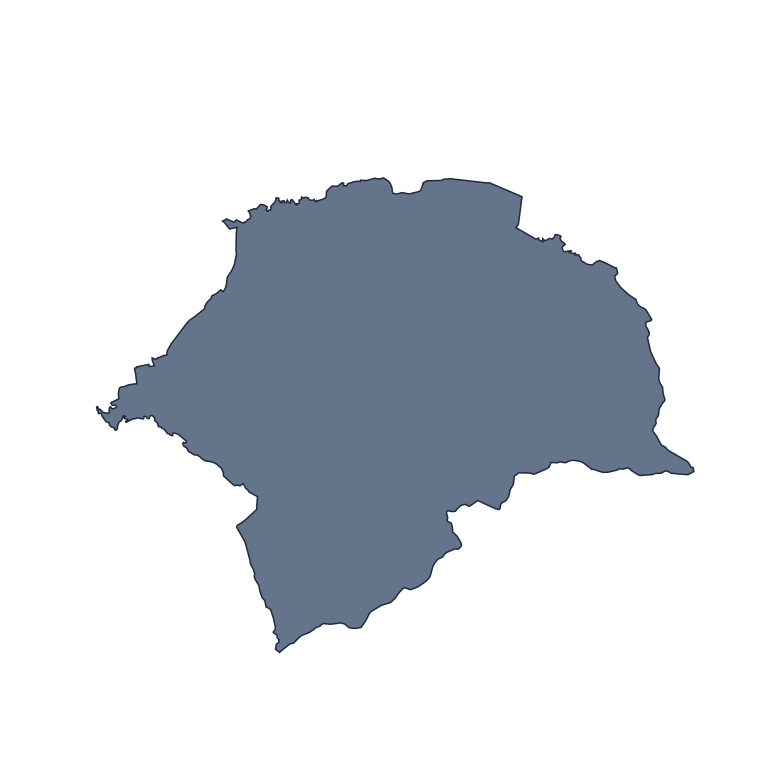 outline of Salcia, Prahova, Romania, rotated 63°
{"feature_id": "2599482B25993621139303", "entity_name": "Salcia", "entity_type": "district", "adm_level": 2, "iso_a3": "ROU", "parent_name": "Romania", "parent_adm1": "Prahova", "projection": "robinson", "projection_center": [26.322, 45.187], "detail": "fine", "context": "isolated", "style": "filled", "palette": "slate", "viewbox_px": 768, "rotation_deg": 63, "n_neighbors": 0, "source": "geoboundaries", "source_scale": "gbopen_adm2", "svg_char_len": 6170}
<svg xmlns="http://www.w3.org/2000/svg" viewBox="0 0 768 768"><g transform="rotate(63 384 384)"><path d="M573.9,582.1L571.7,576.1L570.7,571.7L571.5,563.3L570.7,557.3L570.1,555.5L570.7,551.0L569.8,548.0L570.0,546.7L573.8,540.7L577.3,530.9L580.2,527.9L585.0,525.8L586.6,524.1L589.0,520.0L590.5,514.8L586.6,507.6L581.6,500.9L580.9,498.8L580.0,486.8L581.7,477.3L580.0,471.4L577.6,467.1L574.7,460.0L575.3,457.6L579.0,454.2L579.5,453.0L580.1,445.8L579.3,438.7L578.6,435.4L577.1,431.3L575.2,429.1L568.7,423.3L566.5,420.1L565.0,416.8L564.5,414.1L564.8,410.4L563.0,407.1L562.5,404.7L563.1,395.7L564.9,392.7L563.5,388.7L561.7,387.7L559.4,387.5L552.6,388.0L547.2,390.0L542.4,388.0L538.5,387.2L535.6,389.5L534.4,389.8L531.6,387.7L527.2,386.9L525.7,385.3L526.0,384.1L527.3,383.2L528.7,380.9L529.8,378.3L528.1,374.1L527.1,370.3L528.2,366.1L531.2,364.1L531.8,363.0L530.4,353.4L545.8,341.3L548.2,338.3L547.5,337.1L543.9,334.3L543.4,332.6L543.5,329.3L543.1,327.8L540.9,324.1L535.1,319.1L532.2,314.3L525.4,309.8L524.3,304.3L529.8,294.0L532.0,292.1L532.6,290.6L533.5,277.0L532.8,274.3L529.8,270.8L532.9,265.3L533.0,262.6L535.0,260.4L536.6,257.7L536.8,253.2L537.8,250.2L540.9,245.5L542.9,243.5L545.0,242.0L554.5,237.6L555.5,235.6L560.2,231.2L562.5,228.4L564.3,224.5L566.6,214.9L566.5,212.3L568.3,210.1L569.2,205.2L570.4,204.0L573.5,202.8L580.3,198.8L582.0,196.9L586.4,186.4L587.0,182.5L589.4,177.6L589.1,173.0L590.3,171.0L594.0,168.5L602.8,154.4L602.7,147.7L599.2,146.5L597.2,148.1L591.0,148.7L572.0,161.0L567.8,162.1L564.3,164.6L554.6,164.8L547.6,165.9L545.8,164.4L542.8,159.5L539.3,158.1L538.2,156.9L536.9,154.0L531.1,150.1L527.6,144.8L526.5,141.8L525.5,140.8L519.0,139.6L513.3,137.2L508.6,137.7L504.4,137.0L495.1,131.5L490.0,132.2L478.7,131.9L475.5,131.6L462.9,128.3L461.7,127.7L460.8,125.7L459.2,124.5L456.5,124.1L451.3,124.3L448.4,123.0L448.0,121.9L448.7,117.4L447.9,116.2L437.0,116.9L434.1,118.2L432.3,120.0L429.8,121.3L426.9,121.8L423.2,121.1L415.6,125.4L405.3,129.3L397.2,130.6L392.7,129.6L391.7,125.7L386.2,124.2L384.9,125.8L377.3,131.2L371.9,135.8L371.4,139.1L372.5,144.4L369.7,148.5L363.6,152.4L361.7,151.5L357.2,152.0L355.8,154.9L355.0,154.1L354.2,154.2L353.9,155.7L351.1,159.2L350.6,159.0L350.6,156.7L350.2,156.7L347.9,163.6L345.8,163.9L343.6,163.3L342.3,161.9L342.3,160.1L341.6,159.0L337.4,161.0L333.9,161.1L333.3,159.5L332.0,159.5L328.7,163.0L328.7,163.7L330.7,166.1L331.1,168.6L329.5,170.2L329.5,175.6L326.5,176.6L329.3,177.9L326.2,180.4L324.1,180.0L324.0,182.8L304.6,195.5L302.8,191.8L279.8,176.0L252.6,198.7L251.4,201.3L231.4,231.4L228.7,237.6L228.6,240.7L222.5,253.3L222.5,257.8L224.6,259.4L228.1,263.5L228.5,264.9L226.1,275.3L221.7,280.9L220.5,286.6L217.9,289.6L212.6,287.8L208.5,287.4L205.0,288.0L200.3,290.8L199.8,291.5L199.6,294.1L198.1,296.9L196.5,298.6L194.9,306.9L191.8,312.3L192.8,313.5L191.8,314.5L190.4,317.9L189.1,325.1L190.5,327.3L189.0,329.8L188.3,329.8L186.8,328.8L185.6,329.9L186.5,333.9L186.5,336.1L184.0,340.5L186.1,347.6L190.4,350.3L191.6,351.8L191.6,354.5L190.6,360.3L189.9,360.8L190.6,362.1L189.9,362.6L187.8,362.4L188.1,363.1L187.0,365.8L185.8,367.1L183.5,367.1L181.9,369.3L181.7,371.5L180.0,372.4L181.9,373.9L181.7,376.4L183.4,376.7L184.5,377.8L184.5,378.5L183.7,379.9L184.6,380.1L184.8,380.8L183.1,381.5L180.9,381.5L178.0,382.3L177.6,382.9L177.8,383.4L180.2,385.5L178.7,386.6L176.2,386.7L178.2,388.7L176.9,390.3L175.7,389.7L175.2,390.2L174.6,391.6L176.3,392.4L175.2,394.0L174.2,393.4L173.2,394.4L170.8,393.4L169.5,394.6L169.3,396.1L170.8,396.6L172.4,398.8L174.4,404.3L176.3,404.9L177.7,406.3L176.6,407.8L177.4,409.1L177.1,409.5L175.2,409.9L174.3,408.4L173.0,407.6L170.1,409.7L167.9,412.5L170.2,418.2L168.9,420.2L168.2,425.8L168.3,426.5L170.0,426.0L174.6,426.8L175.9,429.4L175.7,431.1L176.7,432.4L176.4,434.5L177.0,435.8L174.7,438.2L170.8,440.9L171.6,444.3L165.4,449.5L165.2,450.1L165.7,450.9L165.5,453.9L168.1,452.7L175.7,451.3L177.7,443.9L182.3,447.0L197.0,454.8L201.3,456.5L209.5,463.0L213.6,467.9L217.7,475.1L224.5,479.9L226.6,481.8L228.1,484.2L228.6,485.4L226.0,486.7L227.4,492.6L227.2,497.0L229.3,499.6L230.8,504.3L231.8,506.1L233.7,508.6L235.5,509.7L238.0,521.8L238.8,527.9L240.1,531.7L251.5,555.2L255.9,561.9L257.9,563.5L259.3,563.7L259.6,564.4L258.5,567.6L258.3,572.8L257.8,573.3L258.5,575.9L255.6,578.8L257.9,579.8L263.5,580.4L262.0,585.1L259.8,584.6L256.4,596.7L257.2,597.0L256.7,598.7L257.7,599.7L261.3,600.4L271.6,604.1L269.8,608.5L268.6,613.1L268.4,616.6L267.3,619.8L267.6,621.7L271.8,625.0L276.8,627.1L276.7,635.8L279.0,636.1L280.0,635.4L280.9,633.0L281.5,632.5L282.7,632.6L283.4,633.4L283.0,637.1L282.2,637.7L280.2,638.0L280.0,638.5L281.5,640.2L284.8,641.7L284.1,644.5L281.9,647.1L277.6,648.5L277.1,649.6L274.5,649.4L273.9,649.8L274.0,650.5L277.1,651.5L277.9,651.0L280.5,651.8L281.0,651.5L281.3,649.8L282.1,649.3L285.2,649.7L291.2,648.8L293.9,646.6L296.3,647.3L298.6,646.4L299.8,644.9L301.2,644.3L302.9,644.6L303.5,644.0L303.0,642.1L300.6,640.5L297.8,637.6L297.2,634.1L295.0,632.1L294.1,630.1L295.3,629.1L296.0,631.0L297.1,630.9L298.0,629.6L299.5,628.7L299.9,629.2L299.9,630.9L300.4,631.4L301.1,631.1L301.0,625.0L302.4,618.8L305.9,614.4L305.7,613.7L304.0,612.6L304.0,612.0L305.0,610.8L307.2,610.6L308.2,609.0L306.4,607.1L306.4,605.7L307.2,604.6L310.1,603.9L312.9,604.9L315.7,603.5L319.5,604.4L321.2,602.2L322.8,601.9L324.3,600.4L329.8,599.5L330.8,598.3L333.1,597.2L334.0,595.7L331.9,594.3L332.7,592.6L335.6,590.1L344.8,586.2L346.3,586.7L346.2,587.7L344.9,589.5L346.1,590.5L348.9,590.5L351.0,589.0L355.4,588.8L361.0,585.2L362.5,582.9L364.7,581.3L367.4,580.5L371.0,578.5L375.6,572.3L379.3,569.6L385.4,567.1L390.5,567.5L392.1,568.5L393.5,568.6L404.5,564.4L406.9,563.2L407.5,560.2L409.3,558.7L409.0,554.5L413.9,554.7L416.4,553.6L419.0,553.3L426.9,547.9L438.0,554.5L442.1,569.0L443.1,574.5L443.2,578.8L444.6,580.3L461.7,579.5L480.3,583.5L483.5,584.7L489.3,584.5L494.2,585.3L496.6,587.0L499.8,587.5L506.5,587.0L513.5,588.9L518.9,589.6L523.1,588.6L528.9,590.3L532.6,587.8L534.2,587.5L542.5,588.9L550.9,591.0L553.5,592.5L554.7,595.3L555.4,595.5L559.0,593.4L561.9,594.4L564.4,593.5L564.6,594.2L566.4,594.7L566.9,598.0L571.1,601.1L575.7,599.0L573.1,587.4L573.0,585.1L573.9,582.1Z" fill="#64748b" stroke="#1e293b" stroke-width="1.5"/></g></svg>